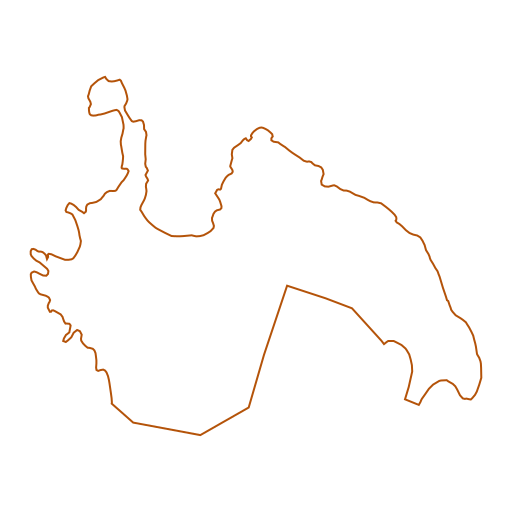 outline of Tapion, Castries, Saint Lucia
{"feature_id": "8701671B53172954238098", "entity_name": "Tapion", "entity_type": "district", "adm_level": 2, "iso_a3": "LCA", "parent_name": "Saint Lucia", "parent_adm1": "Castries", "projection": "robinson", "projection_center": [-61.005, 14.014], "detail": "fine", "context": "isolated", "style": "outline", "palette": "amber", "viewbox_px": 512, "rotation_deg": 0, "n_neighbors": 0, "source": "geoboundaries", "source_scale": "gbopen_adm2", "svg_char_len": 5951}
<svg xmlns="http://www.w3.org/2000/svg" viewBox="0 0 512 512"><path d="M418.8,404.9L420.5,401.9L421.3,399.9L421.9,398.8L425.1,394.3L428.9,388.8L433.1,384.6L439.3,380.9L441.0,380.5L446.7,380.2L448.2,381.3L452.8,383.9L455.3,386.3L457.1,389.4L460.0,395.3L462.8,398.4L464.8,398.9L466.4,398.6L469.0,399.2L470.8,399.5L472.1,398.3L475.0,394.9L476.8,391.6L479.2,384.8L481.3,377.8L481.1,367.8L480.9,363.7L480.5,361.4L479.2,357.8L477.5,355.0L477.0,354.0L475.9,346.5L475.2,343.3L474.1,339.3L473.2,335.6L471.6,332.2L469.1,327.4L466.9,324.0L465.9,322.3L462.8,319.8L460.5,318.2L455.7,315.3L452.6,311.8L451.2,309.8L450.6,307.7L449.6,305.2L448.2,301.0L447.0,300.2L446.0,296.8L442.9,287.7L439.6,276.7L438.4,273.7L438.0,272.4L437.4,271.0L435.4,268.1L433.0,263.7L430.6,259.9L429.9,258.1L429.6,256.7L428.5,254.1L426.0,250.1L424.6,245.0L423.5,242.8L422.6,240.9L420.3,237.4L417.2,235.5L413.3,234.6L409.5,233.0L405.9,230.2L402.1,226.3L399.4,224.0L396.7,222.4L395.6,220.8L396.2,220.0L396.4,218.5L396.2,217.1L394.6,214.7L391.6,211.7L389.0,209.4L385.9,206.9L381.1,203.3L377.5,202.5L373.8,202.4L370.3,201.2L367.8,199.9L364.3,197.8L359.0,195.9L355.5,194.9L349.8,191.6L346.6,190.6L343.6,190.5L340.2,189.0L336.9,186.5L334.3,185.3L333.2,185.4L328.4,186.7L324.8,186.4L321.7,184.6L321.1,181.0L321.8,179.2L322.5,176.8L323.6,174.1L322.8,169.8L321.2,167.4L318.5,166.0L314.9,165.3L312.3,163.2L311.4,162.1L309.0,161.4L307.3,161.7L306.5,161.6L303.7,160.7L299.6,157.5L294.9,154.5L292.2,152.7L289.1,150.4L285.0,147.0L283.5,146.1L280.0,143.8L278.3,142.4L273.6,141.7L271.4,140.3L271.4,138.3L271.8,137.6L272.7,136.5L272.2,134.2L270.7,132.7L267.9,130.3L265.6,129.0L263.2,127.9L261.4,127.5L259.5,127.8L257.2,128.9L256.2,129.6L253.9,131.4L252.4,133.1L251.0,135.4L251.0,136.4L251.8,137.4L250.9,139.0L248.6,141.0L247.1,140.2L245.8,138.3L244.3,139.0L242.8,140.4L240.7,143.1L238.1,145.0L234.1,147.7L232.4,149.8L231.8,154.3L232.4,158.2L231.8,160.2L230.2,166.2L230.7,167.4L231.5,168.5L232.5,170.3L232.7,171.8L231.7,173.4L230.8,173.9L228.6,174.9L227.1,176.2L225.7,177.7L223.5,181.4L221.9,184.7L221.0,188.8L220.1,189.6L218.4,189.3L217.1,189.9L216.0,191.9L215.2,193.3L218.1,197.7L219.3,199.6L220.1,201.6L221.5,206.2L221.4,208.1L220.1,209.5L216.9,210.3L215.0,211.6L213.5,213.8L212.5,216.7L212.0,217.9L212.1,220.7L213.1,223.2L213.9,225.9L213.5,228.0L210.6,231.1L207.7,233.0L203.6,235.2L199.9,236.1L197.2,236.3L196.0,236.3L193.6,235.8L191.7,235.3L183.1,236.1L179.3,236.3L174.5,236.2L171.5,236.0L164.9,232.8L160.7,230.6L157.3,228.8L155.5,227.7L152.6,225.3L149.3,222.4L148.3,221.4L147.3,220.3L145.7,218.2L144.2,216.1L141.5,211.6L140.2,209.8L140.5,207.3L141.4,205.1L144.0,200.3L144.8,198.5L145.9,194.9L146.5,191.2L146.3,189.2L145.9,186.8L146.1,183.8L148.1,180.5L147.4,178.6L146.1,176.6L145.5,175.0L147.9,170.6L146.8,168.0L145.8,166.8L145.2,163.8L145.7,159.3L145.2,154.2L145.3,143.7L145.5,140.7L146.2,136.6L146.5,135.2L146.0,131.9L144.1,129.1L144.0,125.0L143.0,121.6L141.6,120.3L139.2,120.2L136.0,121.2L133.3,121.7L131.8,121.1L129.7,118.2L128.0,115.5L125.0,110.5L124.4,107.2L124.5,106.1L126.1,103.5L127.2,100.7L127.5,99.2L126.9,95.6L126.1,92.8L125.5,90.6L124.3,87.8L121.9,83.1L120.9,80.7L119.7,79.7L117.2,80.5L114.4,81.2L111.7,81.5L108.6,81.1L106.3,78.9L105.1,76.9L103.3,77.5L98.2,80.1L94.4,83.3L91.2,86.3L89.7,90.5L88.7,94.4L88.0,96.2L88.4,98.3L90.3,101.7L90.9,104.1L89.6,107.1L88.9,107.9L89.0,110.7L89.3,112.7L89.8,114.2L91.2,115.3L93.2,115.6L95.3,115.5L96.5,115.3L98.5,114.7L100.5,114.5L104.6,113.5L106.9,112.7L110.7,111.4L112.8,110.7L114.8,110.2L116.6,109.9L118.4,110.9L119.0,111.7L119.6,112.7L121.9,117.1L123.5,124.7L123.6,126.6L123.6,128.4L123.3,129.5L122.5,133.7L121.3,137.7L120.7,141.3L120.9,144.7L121.2,146.1L122.3,152.7L123.1,156.2L123.0,158.6L122.7,161.6L122.3,164.5L121.8,166.1L121.6,167.8L122.1,168.5L124.3,168.8L125.7,168.7L126.8,168.8L127.6,169.4L128.6,171.1L127.8,173.3L126.7,175.5L125.1,178.0L123.6,180.2L121.6,182.2L118.5,186.7L116.5,190.0L115.6,190.7L114.8,190.9L113.1,191.0L109.7,190.9L106.9,192.1L104.9,193.7L103.6,195.8L101.9,197.8L100.8,199.2L97.6,201.2L96.4,201.9L95.3,202.2L92.3,202.9L89.9,203.2L87.3,204.6L86.3,206.5L86.0,208.7L86.1,210.1L85.8,211.7L84.0,213.2L82.3,211.9L78.6,209.8L76.2,207.1L73.7,205.0L71.2,203.6L69.4,203.1L67.7,205.1L66.3,208.0L65.6,210.4L66.4,212.0L68.1,212.4L69.9,213.1L71.0,213.6L72.4,214.5L74.5,218.5L75.3,220.1L75.7,221.2L77.4,226.2L78.5,229.9L78.9,231.6L79.3,233.9L79.4,234.9L80.1,238.2L80.9,241.0L80.4,244.4L79.8,246.7L77.3,252.2L75.3,255.6L73.3,258.3L71.6,259.3L68.5,259.8L65.0,259.8L55.6,256.3L51.5,254.3L48.8,253.8L47.9,254.5L48.1,257.0L47.0,259.1L46.0,255.4L44.5,253.6L42.6,252.1L40.8,251.6L38.9,251.6L37.5,251.1L35.6,249.7L33.4,248.9L31.7,249.2L30.7,251.2L30.7,254.2L31.5,256.0L33.7,258.5L36.3,260.7L39.6,262.4L47.1,268.8L48.4,271.0L48.0,273.9L46.3,275.7L43.1,275.5L39.2,273.6L37.2,272.5L35.9,272.0L34.1,271.5L31.6,272.7L30.8,274.2L30.9,276.9L31.5,280.4L32.7,282.6L34.9,286.5L35.8,288.6L36.5,289.8L38.0,292.2L38.9,293.4L40.5,294.3L45.7,295.7L46.7,296.2L48.1,297.0L48.9,297.6L49.5,298.8L50.1,300.1L49.5,302.0L48.8,303.0L47.8,305.7L47.8,307.7L49.9,311.8L51.1,311.7L51.8,310.5L53.1,310.3L54.7,311.0L60.7,314.4L62.6,317.0L62.9,318.1L64.1,321.5L65.5,323.6L66.5,323.5L69.4,323.8L70.6,325.4L70.5,326.2L69.3,332.4L66.9,334.3L66.0,334.9L63.9,338.5L63.2,341.0L65.8,342.0L67.8,340.5L71.3,337.3L73.7,332.7L77.1,330.0L79.9,331.2L81.7,334.7L81.0,338.8L81.2,340.6L83.0,343.4L85.3,345.8L87.6,347.7L89.7,347.9L92.8,348.8L94.4,350.4L95.5,353.1L95.9,356.0L96.4,360.3L96.4,363.5L96.1,367.6L96.5,370.0L98.2,370.9L100.4,370.1L103.2,369.6L105.0,370.5L106.5,372.4L108.0,376.1L108.9,379.9L109.5,383.4L110.9,393.0L111.6,398.2L111.9,402.6L111.7,403.6L133.2,422.6L200.3,435.1L248.7,407.5L264.0,354.8L287.1,285.7L325.6,298.3L352.0,308.3L381.4,340.7L384.0,344.1L386.8,341.9L388.2,341.0L393.7,341.0L397.9,343.1L401.5,345.0L405.5,348.5L406.7,350.2L409.2,354.4L410.7,359.6L411.9,365.2L412.2,371.5L408.7,387.1L405.0,399.3L418.8,404.9Z" fill="none" stroke="#b45309" stroke-width="2"/></svg>